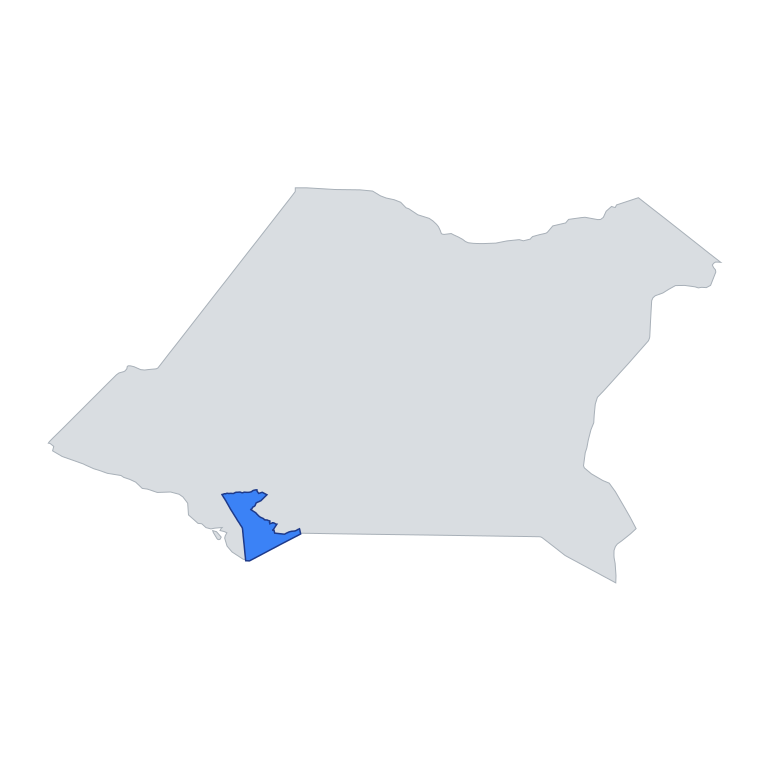 Ijara, North-Eastern, Kenya shown in context, rotated 91°
{"feature_id": "3690345B80004125723360", "entity_name": "Ijara", "entity_type": "district", "adm_level": 2, "iso_a3": "KEN", "parent_name": "Kenya", "parent_adm1": "North-Eastern", "projection": "equal_earth", "projection_center": [40.405, -1.432], "detail": "fine", "context": "in_parent", "style": "filled", "palette": "blue", "viewbox_px": 768, "rotation_deg": 91, "n_neighbors": 0, "source": "geoboundaries", "source_scale": "gbopen_adm2", "svg_char_len": 7415}
<svg xmlns="http://www.w3.org/2000/svg" viewBox="0 0 768 768"><g transform="rotate(91 384 384)"><path d="M189.4,476.1L189.2,464.9L190.4,436.4L190.3,411.4L191.3,398.8L195.9,390.9L198.0,385.1L199.6,377.0L202.0,370.5L207.4,365.1L208.4,362.2L214.2,353.2L217.6,341.7L220.2,337.8L223.5,334.2L225.8,332.3L229.6,330.4L232.6,329.3L233.1,328.4L233.4,326.6L232.4,319.4L233.6,317.1L235.7,312.3L238.0,307.9L240.1,305.1L241.3,302.2L241.8,297.2L241.9,293.6L241.9,287.8L241.2,274.7L238.8,263.6L237.3,251.3L238.4,247.2L236.5,240.0L235.6,239.6L234.0,238.0L232.0,231.2L230.5,225.0L229.6,223.4L223.0,218.0L219.8,205.2L216.2,202.3L214.2,189.6L213.8,185.9L215.9,173.2L215.7,170.3L213.6,167.6L207.4,164.9L202.5,159.6L203.1,157.8L203.5,155.9L200.9,154.6L193.3,132.9L203.2,119.8L213.1,106.6L225.8,89.9L237.5,74.5L247.6,61.3L256.5,49.4L256.3,51.7L256.3,54.7L257.5,56.5L259.3,57.8L261.9,56.5L264.1,54.6L266.3,54.2L279.7,59.2L282.0,63.4L281.8,68.1L282.4,71.4L281.4,74.8L280.2,85.0L280.5,94.3L284.5,101.2L288.1,106.7L291.0,114.3L293.1,116.6L296.0,117.8L305.3,118.2L319.0,118.7L332.1,119.1L333.3,119.3L336.1,120.3L348.3,130.7L359.4,140.1L368.7,148.3L377.9,156.3L386.7,164.0L393.6,170.4L400.4,172.4L411.4,173.3L419.1,173.6L426.1,176.3L436.6,178.8L444.4,180.1L449.2,181.6L462.3,183.1L464.4,182.2L470.2,175.1L476.7,163.5L479.2,157.1L487.6,150.8L502.3,141.9L512.7,135.7L524.2,129.4L529.5,134.9L536.7,143.6L539.9,147.9L542.5,149.8L546.4,151.1L551.2,151.1L553.8,150.9L559.2,149.8L571.6,148.7L578.8,148.8L572.8,160.4L565.6,174.3L552.4,199.8L542.3,213.2L534.7,223.4L534.0,225.2L534.0,236.5L534.1,264.2L534.2,319.6L534.4,375.0L534.6,430.4L534.6,458.2L534.7,467.5L541.4,479.1L547.9,490.5L556.5,505.5L561.2,513.6L561.9,516.3L561.7,521.7L554.6,533.0L548.8,538.1L540.9,540.6L538.6,540.1L535.5,538.5L534.3,541.2L533.4,545.4L531.6,544.5L530.3,543.3L531.1,550.8L531.9,554.5L530.7,559.5L526.9,563.8L526.6,567.5L518.3,577.2L506.6,578.2L500.5,583.0L497.8,587.0L495.7,595.5L496.4,608.7L493.2,618.8L492.6,623.9L486.5,630.5L483.8,636.5L481.9,642.6L480.1,645.3L478.1,659.1L475.3,667.4L474.5,670.2L473.8,672.7L471.7,677.6L470.3,680.9L469.2,683.2L462.1,704.5L456.6,714.2L452.2,713.1L449.3,716.8L449.0,718.6L447.5,717.6L443.8,714.1L436.4,706.8L428.9,699.5L421.4,692.3L413.9,685.0L406.4,677.8L398.9,670.5L391.4,663.3L383.9,656.0L379.5,651.7L377.6,649.2L376.1,644.2L375.3,643.0L373.3,641.4L371.0,641.0L370.3,640.1L370.3,637.7L371.1,634.2L373.9,627.5L374.2,623.6L373.6,619.2L372.8,612.0L372.0,610.4L367.1,606.7L356.6,598.9L346.2,591.0L335.8,583.2L325.4,575.4L315.0,567.6L304.6,559.8L294.2,552.0L283.8,544.1L273.4,536.3L263.0,528.5L252.6,520.7L242.2,512.8L231.8,505.0L221.4,497.2L211.0,489.4L200.5,481.5L196.6,478.6L193.1,476.1L189.4,476.1ZM535.4,552.1L533.6,552.7L534.6,548.9L539.9,544.1L542.1,545.2L542.5,546.3L542.4,547.3L541.5,548.3L535.4,552.1Z" fill="#d9dde1" stroke="#a8b0b8" stroke-width="1"/><path d="M492.0,509.2L492.0,509.4L492.1,509.5L492.1,510.2L492.1,510.4L492.2,510.6L492.2,510.8L492.2,511.0L492.3,511.3L492.4,511.6L492.4,511.8L492.5,512.1L492.6,512.6L492.8,512.9L492.8,513.1L493.0,513.4L493.1,513.6L493.3,513.8L493.5,514.0L493.7,514.3L493.9,514.5L494.0,514.7L494.1,514.9L494.2,515.1L494.2,515.3L494.3,515.6L494.4,516.1L494.5,516.3L494.6,516.7L494.6,517.2L494.7,517.6L494.7,518.0L494.7,518.5L494.7,518.9L494.7,519.2L494.7,519.8L494.7,520.2L494.6,520.9L494.6,521.0L494.6,521.3L494.6,521.5L494.6,521.9L494.7,522.0L494.7,522.3L494.8,522.4L494.9,522.6L495.0,522.9L495.1,523.1L495.2,523.3L495.2,523.5L495.2,523.8L495.2,524.0L495.2,524.3L495.1,524.5L494.9,525.1L494.8,525.4L494.7,525.5L494.7,525.8L494.6,526.0L494.6,526.3L494.6,526.7L494.7,527.0L494.7,527.5L494.7,527.9L494.8,528.6L494.8,528.8L494.8,529.1L494.8,529.4L494.8,529.5L494.9,530.0L494.9,530.4L495.0,530.5L495.1,530.9L495.2,531.0L495.3,531.2L495.5,531.4L495.6,531.6L495.7,531.9L495.8,532.1L495.9,532.3L496.0,532.4L496.0,532.6L496.1,532.8L496.1,533.0L496.1,533.3L496.1,533.6L496.1,534.3L496.0,534.6L496.0,534.8L496.0,535.3L496.1,536.4L496.1,536.6L496.2,537.0L496.2,537.5L496.1,537.8L496.1,538.1L496.1,538.3L496.0,538.5L496.0,538.8L496.0,539.1L496.1,539.4L496.1,539.5L496.3,539.9L496.3,540.0L496.5,540.3L496.5,540.5L496.6,540.8L496.5,541.1L496.5,541.3L496.5,541.6L496.5,541.8L496.6,542.0L496.8,542.3L496.9,542.6L497.0,542.8L497.1,543.2L497.2,543.5L497.2,543.9L497.3,544.1L497.5,544.0L498.2,543.6L499.2,542.9L499.4,542.8L499.6,542.7L499.9,542.5L500.7,542.0L500.8,541.9L501.1,541.7L501.5,541.4L502.1,541.0L502.9,540.6L503.2,540.3L504.4,539.6L504.7,539.4L505.0,539.3L506.6,538.3L508.5,537.2L510.7,535.9L511.3,535.6L512.4,534.9L514.5,533.5L518.7,530.8L520.8,529.4L521.8,528.8L522.8,528.2L523.1,528.0L525.8,526.1L526.8,525.5L527.8,524.9L528.1,524.6L528.5,524.4L528.8,524.1L529.2,523.9L529.9,523.4L530.2,523.3L530.5,523.1L533.1,522.7L533.6,522.7L536.6,522.3L538.0,522.2L539.5,522.0L543.7,521.5L547.6,521.0L552.2,520.5L557.3,519.9L559.5,519.6L561.7,519.4L563.1,519.2L563.2,515.4L563.1,515.2L546.4,485.0L541.0,475.0L535.4,464.7L530.4,465.9L530.2,466.0L530.3,466.2L530.5,466.5L530.7,466.9L530.8,467.1L530.9,467.3L530.9,467.5L531.1,467.8L531.3,468.1L531.6,468.6L531.9,469.1L532.0,469.3L532.2,469.7L532.3,469.9L532.3,470.0L532.5,470.7L532.6,471.2L532.6,471.5L532.7,471.8L532.7,472.2L532.7,472.6L532.8,472.9L532.9,473.7L532.9,474.0L533.0,474.3L533.1,474.7L533.2,475.2L533.4,475.8L533.5,476.0L533.6,476.5L533.8,476.8L534.0,477.1L534.1,477.3L534.1,477.5L534.3,477.8L534.4,478.0L534.5,478.2L534.6,478.4L534.6,478.6L535.2,479.6L535.9,480.8L535.9,481.1L535.0,490.7L532.2,491.4L532.2,493.2L532.0,492.8L532.0,492.7L531.9,492.5L531.7,492.4L531.6,492.2L526.1,488.7L526.1,488.8L526.0,489.1L526.0,489.3L525.9,489.5L525.8,489.8L525.7,490.0L525.5,490.4L525.4,490.5L525.3,490.8L525.1,491.1L524.9,491.4L524.9,491.6L524.8,491.8L524.7,492.1L524.7,492.3L524.7,492.7L524.7,492.9L524.8,492.9L524.8,493.1L524.9,493.3L525.0,493.5L525.1,493.8L525.2,494.1L525.2,494.5L525.4,494.8L525.4,495.1L525.6,495.4L525.7,495.6L525.4,495.6L525.2,495.6L525.1,495.8L524.9,495.8L524.6,495.9L524.4,495.9L524.3,496.0L524.2,495.9L523.9,495.9L523.6,495.8L523.4,495.7L523.1,495.6L523.0,495.8L523.0,496.0L522.9,496.2L522.7,496.4L522.7,496.5L522.6,496.8L522.5,497.2L522.5,497.5L522.4,497.8L522.1,498.2L522.0,498.4L522.0,498.6L522.0,498.9L522.0,499.6L522.0,499.8L522.0,500.1L521.9,500.3L521.9,500.5L521.9,500.8L521.9,501.0L521.7,501.2L521.7,501.3L521.4,501.4L521.3,501.5L521.2,501.6L520.7,502.3L520.5,502.5L520.5,502.8L520.4,503.0L520.1,503.5L519.8,504.1L519.7,504.4L519.7,504.6L519.6,504.8L519.5,505.0L519.3,505.3L519.2,505.5L519.0,505.8L518.7,506.1L518.4,506.6L518.1,507.0L517.8,507.3L517.5,507.6L517.4,507.7L516.9,508.1L516.6,508.5L516.4,508.8L516.2,508.9L516.0,509.0L515.8,509.2L515.6,509.3L515.2,509.8L515.1,510.0L514.9,510.1L511.9,515.0L511.7,514.9L511.5,514.7L511.5,514.4L511.4,514.3L511.3,514.1L511.2,514.0L511.0,513.9L510.9,513.9L510.6,513.7L510.3,513.5L510.2,513.5L510.0,513.4L509.8,513.3L509.7,513.2L509.4,513.0L509.3,512.8L509.1,512.7L508.9,512.1L508.8,511.9L508.7,511.8L508.6,511.6L508.3,511.3L508.1,511.1L508.0,510.9L507.9,510.8L506.5,510.3L505.2,509.8L505.0,509.4L504.8,509.1L504.7,509.0L504.6,508.8L504.6,508.7L504.3,508.2L504.2,508.0L504.1,507.6L504.0,507.4L503.8,506.9L503.7,506.8L503.6,506.6L503.3,506.1L503.2,505.9L503.2,505.7L502.9,505.1L498.6,500.9L497.3,499.6L496.8,499.1L494.5,503.6L494.4,503.9L495.6,507.4L493.7,508.8L493.4,509.0L493.1,509.1L492.8,509.1L492.7,509.1L492.0,509.2Z" fill="#3b82f6" stroke="#1e3a8a" stroke-width="1.5"/></g></svg>